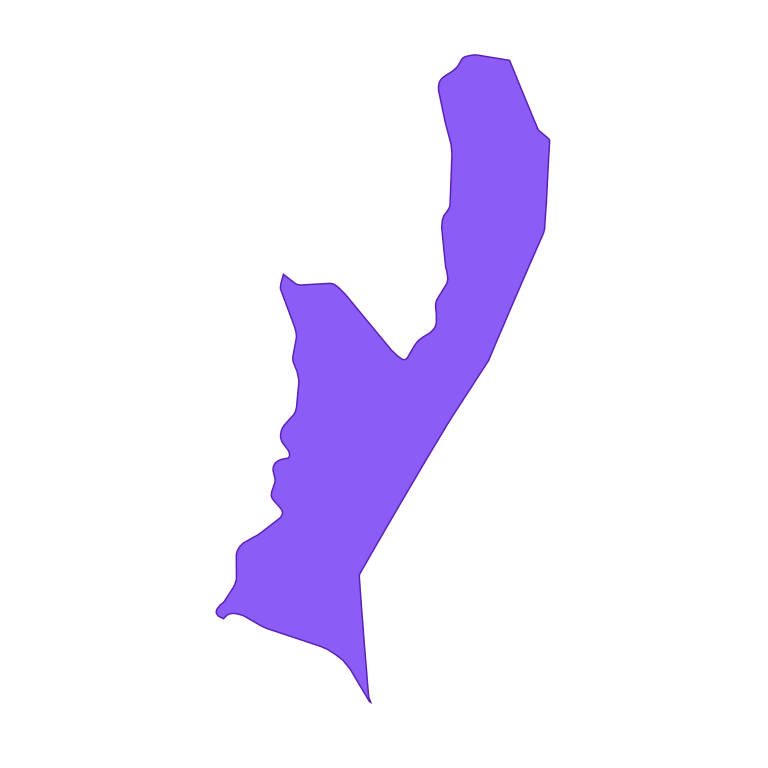 map outline of Al Hudud ash Shamaliyah (orthographic projection), rotated 82°
{"feature_id": "SAU-861", "entity_name": "Al Hudud ash Shamaliyah", "entity_type": "Region", "adm_level": 1, "iso_a3": "SAU", "parent_name": "Saudi Arabia", "parent_adm1": "", "projection": "orthographic", "projection_center": [42.216, 29.79], "detail": "fine", "context": "isolated", "style": "filled", "palette": "violet", "viewbox_px": 768, "rotation_deg": 82, "n_neighbors": 0, "source": "natural_earth", "source_scale": "10m", "svg_char_len": 3305}
<svg xmlns="http://www.w3.org/2000/svg" viewBox="0 0 768 768"><g transform="rotate(82 384 384)"><path d="M166.1,186.1L180.2,188.9L194.4,191.7L208.5,194.4L222.6,197.1L228.4,198.2L228.4,198.3L252.8,203.4L256.7,205.0L260.7,207.4L268.0,212.0L274.2,215.8L280.5,219.7L286.8,223.6L293.1,227.4L299.4,231.3L305.7,235.1L312.0,239.0L318.3,242.8L324.6,246.7L330.9,250.5L337.2,254.3L343.6,258.1L349.9,262.0L356.2,265.8L362.6,269.6L368.9,273.4L375.4,277.2L380.2,281.4L386.4,286.8L392.5,292.1L398.7,297.4L404.8,302.8L411.8,308.8L418.7,314.8L425.6,320.8L427.1,322.0L432.6,326.7L440.4,333.0L446.9,338.2L453.3,343.5L459.8,348.7L466.3,353.9L474.8,360.7L483.3,367.4L491.8,374.2L500.3,380.9L503.9,383.8L508.8,387.6L517.4,394.4L525.9,401.1L534.5,407.8L541.6,413.4L548.7,418.9L555.9,424.5L563.0,430.0L568.8,434.5L569.3,434.7L569.8,434.9L570.2,435.0L570.7,435.2L577.5,435.7L583.4,436.1L589.3,436.5L595.2,436.9L601.1,437.3L608.7,437.8L616.3,438.2L623.9,438.7L631.5,439.2L639.1,439.7L646.7,440.1L654.3,440.6L661.9,441.0L667.5,441.3L673.2,441.7L678.8,442.0L684.5,442.3L692.3,442.7L695.5,441.9L697.4,441.4L696.5,442.6L661.9,457.1L651.7,463.2L644.6,470.2L639.0,476.8L634.8,483.7L609.8,534.1L606.3,539.5L594.1,555.1L592.6,557.9L590.7,562.8L590.2,565.3L590.1,566.6L590.1,568.2L590.4,569.9L591.1,571.6L593.1,574.4L594.1,575.5L591.1,580.0L589.6,581.0L587.6,581.9L585.9,581.8L584.3,581.1L582.9,580.1L581.7,578.6L581.2,578.1L579.8,576.8L578.7,574.4L576.7,572.1L564.0,561.1L562.3,560.0L558.9,558.2L556.3,557.2L533.1,554.1L531.0,553.5L528.4,552.2L526.4,550.7L524.6,549.1L521.9,545.5L515.4,528.8L502.5,506.1L501.1,504.5L499.4,503.2L497.4,502.4L494.9,502.7L492.8,503.6L484.2,509.3L481.2,510.8L479.5,511.1L477.5,510.9L474.7,510.0L466.7,505.9L464.6,505.3L462.1,505.1L454.7,505.9L452.7,505.7L450.6,505.1L448.0,503.5L446.3,501.5L445.1,499.0L444.6,497.2L444.4,496.0L444.0,489.7L443.9,489.0L443.2,488.3L441.6,487.4L439.0,487.4L436.9,487.9L434.8,488.9L428.8,492.3L426.7,493.1L424.5,493.6L422.0,493.8L419.3,493.4L415.6,492.0L413.1,490.5L410.9,488.6L401.8,477.7L400.1,476.3L398.4,475.3L395.0,473.9L369.7,467.9L367.8,467.8L359.7,468.3L350.7,470.6L348.8,470.9L346.8,470.8L344.2,470.4L326.3,464.4L323.8,464.0L320.8,463.9L315.4,464.5L275.9,473.2L274.2,473.2L269.8,472.0L261.4,468.3L272.0,458.0L273.3,456.2L274.0,454.6L274.3,453.4L274.4,452.8L276.7,424.6L277.0,422.8L277.6,421.0L278.6,419.3L280.1,417.5L281.9,415.8L290.0,409.7L351.7,371.8L357.9,366.9L361.2,363.5L362.4,361.8L362.8,360.1L362.3,358.4L360.9,356.9L350.0,348.3L346.5,344.8L345.2,343.0L343.1,339.2L339.8,331.5L338.9,330.1L337.1,327.8L335.6,326.2L332.9,324.5L330.7,323.7L322.1,322.4L316.2,322.3L312.3,321.8L309.8,320.9L307.8,319.9L293.4,308.0L291.1,306.9L288.3,306.1L281.1,306.1L276.8,306.7L236.9,305.1L230.1,303.5L227.7,302.4L225.8,301.4L220.6,296.4L218.9,295.1L217.2,294.1L214.8,293.5L165.8,284.7L156.2,284.2L133.7,286.9L101.3,289.1L97.8,288.8L94.6,287.9L93.0,287.2L91.4,286.1L89.9,284.7L88.7,283.1L86.4,278.7L85.2,275.7L83.3,271.9L81.0,268.5L78.9,266.2L72.9,261.5L71.8,259.9L71.3,258.5L71.1,257.4L71.0,256.9L70.8,254.6L70.6,249.4L71.0,246.6L81.0,214.6L94.7,211.1L111.0,207.0L127.3,202.8L143.6,198.6L151.8,196.4L151.9,196.5L151.9,196.4L154.4,195.5L163.1,187.6L164.6,186.5L165.3,186.3L165.5,186.3L165.7,186.2L165.9,186.1L166.1,186.1Z" fill="#8b5cf6" stroke="#5b21b6" stroke-width="1.5"/></g></svg>